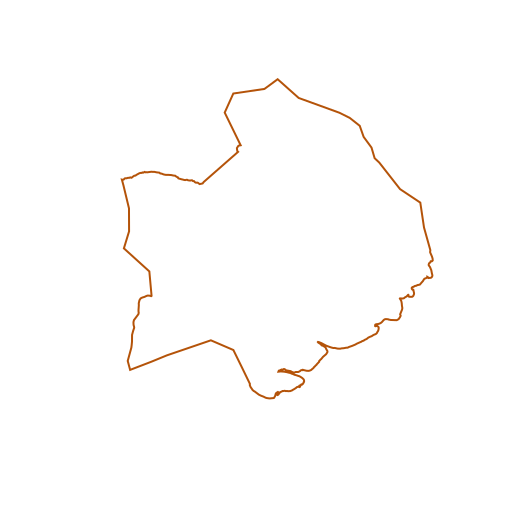 the district of Zavxan, Uvs, Mongolia, rotated 127°
{"feature_id": "93677404B25640564843773", "entity_name": "Zavxan", "entity_type": "district", "adm_level": 2, "iso_a3": "MNG", "parent_name": "Mongolia", "parent_adm1": "Uvs", "projection": "albers", "projection_center": [93.393, 48.88], "detail": "fine", "context": "isolated", "style": "outline", "palette": "amber", "viewbox_px": 512, "rotation_deg": 127, "n_neighbors": 0, "source": "geoboundaries", "source_scale": "gbopen_adm2", "svg_char_len": 6077}
<svg xmlns="http://www.w3.org/2000/svg" viewBox="0 0 512 512"><g transform="rotate(127 256 256)"><path d="M353.7,154.9L352.9,154.7L352.2,154.9L351.3,154.7L350.3,154.8L350.0,154.7L349.0,154.0L347.9,153.6L347.5,153.0L346.4,152.0L346.2,151.6L346.1,151.1L345.1,149.9L344.6,148.9L343.2,147.3L341.4,146.2L340.9,146.1L339.8,145.6L337.5,144.7L336.4,144.5L335.7,144.2L335.3,143.8L335.1,143.6L334.7,143.4L334.6,142.8L334.6,142.5L334.5,142.3L334.3,142.2L333.6,142.3L333.5,142.5L333.4,142.6L333.5,143.3L333.4,143.3L332.8,142.8L332.4,142.8L332.1,142.6L332.0,142.4L331.8,142.4L331.7,142.5L331.2,142.5L330.8,142.1L330.8,141.9L330.7,141.9L330.4,141.8L330.0,141.6L329.5,141.6L329.3,141.7L328.9,141.7L328.7,141.8L328.3,141.8L328.0,142.0L327.7,141.9L327.2,142.1L326.9,142.4L326.6,142.6L326.3,142.9L326.0,143.4L325.8,144.0L325.7,144.9L325.6,145.6L325.7,147.3L325.9,149.0L326.3,149.9L326.9,151.9L327.7,153.8L328.0,155.4L328.4,156.4L328.8,158.3L329.3,159.3L330.3,161.7L331.5,164.0L333.3,166.8L334.9,168.5L334.6,168.6L334.3,168.4L334.0,168.6L333.8,168.7L333.3,168.2L332.4,167.9L332.3,167.6L331.3,167.3L330.9,166.7L330.6,166.2L329.6,165.8L329.3,165.4L329.2,164.9L329.1,164.5L329.2,163.5L329.1,163.0L327.1,159.0L327.1,158.7L327.0,157.7L326.6,156.4L326.4,155.7L325.7,155.0L324.8,154.5L323.5,152.8L323.0,152.3L321.2,151.5L320.8,151.5L320.4,151.4L319.1,150.5L318.8,150.3L318.7,150.1L318.9,149.8L318.4,149.3L317.3,146.7L316.8,145.9L316.1,144.9L315.2,144.1L313.7,143.3L312.4,143.1L311.0,142.7L310.0,142.8L309.1,142.6L308.6,142.5L307.7,142.5L306.6,142.2L306.0,142.3L302.5,141.9L302.0,142.3L299.6,142.1L299.2,141.9L296.2,141.8L292.2,140.9L289.9,141.1L289.5,141.3L289.0,141.7L288.6,142.6L288.2,143.6L287.8,144.4L287.5,144.8L287.3,145.3L287.2,145.9L287.3,147.6L287.4,148.8L287.7,149.2L287.8,149.6L287.5,151.7L287.5,152.3L287.7,154.0L287.6,154.4L287.5,154.8L287.3,154.8L286.9,153.9L286.2,151.3L285.6,147.3L285.3,145.7L284.2,142.1L283.6,140.4L283.0,139.0L282.0,137.7L280.9,135.2L280.1,134.0L279.4,133.0L278.3,132.1L276.8,130.4L275.0,128.8L274.0,127.6L272.7,127.0L269.9,125.1L266.8,123.3L265.5,122.8L263.7,121.8L261.9,120.8L261.3,120.4L259.9,119.9L258.9,119.1L257.7,118.8L255.7,117.7L253.6,117.2L251.5,116.1L250.5,115.4L248.5,114.7L247.2,114.0L246.7,113.6L246.2,113.4L245.6,113.2L244.7,113.1L244.0,113.3L242.4,113.4L241.2,113.8L239.9,114.5L239.3,115.0L239.0,115.5L238.9,116.4L238.9,116.9L239.3,117.6L239.6,118.0L240.0,118.1L240.2,118.3L240.3,118.6L240.2,118.8L239.7,119.1L239.1,119.4L238.7,119.3L237.8,118.6L236.9,117.6L235.7,116.7L234.3,116.0L233.0,115.7L230.4,115.5L229.3,115.2L229.0,115.0L228.3,114.4L227.7,113.5L227.0,112.4L227.0,112.0L226.0,109.9L222.8,105.3L222.4,104.9L220.6,104.1L218.3,104.2L216.7,104.5L215.8,105.8L210.9,107.1L209.5,107.8L207.9,109.5L205.9,111.3L205.0,112.3L204.4,113.1L203.4,115.5L203.2,115.5L201.8,113.4L201.0,112.7L200.6,112.4L199.2,112.1L198.6,111.8L197.8,111.4L196.0,111.2L195.7,111.2L195.4,111.1L195.4,110.8L196.1,110.2L196.4,109.7L196.4,109.3L195.9,108.4L194.9,107.1L194.5,106.7L193.9,106.5L193.1,106.4L191.3,106.9L191.0,107.1L190.7,107.3L190.2,107.8L189.3,108.9L188.4,109.8L188.3,110.3L188.7,110.6L188.7,110.8L188.5,111.7L188.2,112.1L187.6,112.5L186.9,112.4L186.3,112.1L185.8,111.6L184.7,111.3L183.9,110.7L183.4,110.2L182.9,109.9L182.3,109.7L181.8,109.4L181.2,108.7L180.1,107.9L177.9,107.8L175.6,107.6L173.8,107.8L173.0,107.8L172.6,107.7L171.8,107.1L170.9,106.7L170.4,106.3L170.0,106.3L169.5,106.7L169.4,106.2L169.8,105.0L168.3,103.4L167.9,103.1L167.1,102.9L166.1,103.1L165.7,103.2L165.1,103.7L164.0,105.1L161.9,107.4L160.4,109.9L159.9,110.9L159.7,111.8L159.5,112.4L159.0,112.9L157.7,113.4L157.0,113.1L156.3,113.0L155.8,113.0L155.6,113.2L155.1,113.3L154.2,112.3L153.5,112.2L153.2,112.2L152.0,113.2L151.5,113.8L150.5,115.2L148.7,118.4L148.3,119.1L147.8,119.5L147.4,119.7L146.4,120.3L132.1,139.0L114.5,156.9L115.9,181.2L107.2,213.8L106.5,220.1L99.9,229.0L96.1,241.7L89.6,251.5L89.3,264.2L91.4,275.6L104.1,317.0L101.8,345.1L117.5,349.8L139.9,371.9L160.3,367.3L176.8,334.9L178.4,336.3L178.8,336.4L179.8,336.3L181.3,336.2L182.0,335.6L183.5,334.0L183.6,333.0L228.4,342.3L230.2,342.3L232.5,344.3L232.5,346.2L232.5,346.5L232.8,347.2L233.4,347.8L233.7,348.4L233.8,349.3L233.5,350.5L234.1,351.5L234.0,352.5L234.6,353.4L235.2,353.8L235.5,354.2L236.4,355.8L236.5,356.1L236.5,356.6L236.6,356.9L237.1,357.5L237.8,358.0L238.4,358.9L239.2,360.9L239.5,361.5L240.6,364.4L240.7,364.8L240.2,365.7L240.2,365.8L240.4,366.2L240.5,367.2L240.6,367.9L240.5,368.8L241.1,369.8L241.6,370.7L242.3,372.3L244.0,374.9L244.9,376.1L245.4,376.7L246.3,378.5L246.7,379.7L246.9,380.6L247.3,381.5L247.7,382.1L247.6,383.3L249.1,385.9L249.9,387.7L250.9,389.0L251.7,390.3L254.7,393.3L255.0,393.9L255.8,394.8L255.8,395.5L256.1,395.7L256.9,396.0L257.4,396.3L257.5,396.8L258.0,397.0L258.3,397.4L258.6,397.5L259.3,398.4L260.2,399.0L263.1,400.3L264.2,400.6L264.6,400.9L265.0,401.4L265.3,401.6L267.2,402.2L267.8,402.3L268.4,402.5L268.6,402.7L268.8,403.6L269.0,403.8L270.0,404.4L270.5,405.2L271.9,406.2L272.3,406.8L273.0,407.5L273.5,407.6L273.9,407.6L274.6,407.7L275.0,408.0L275.4,408.4L275.7,409.1L279.5,404.2L294.4,386.1L312.7,372.2L329.4,366.1L332.5,331.9L350.6,315.5L351.0,315.4L351.2,315.6L351.5,316.6L352.2,317.9L353.0,318.9L354.3,319.7L355.7,320.4L357.6,321.8L359.0,322.5L359.4,322.6L361.0,322.5L361.6,322.4L364.3,321.2L365.9,319.9L369.9,317.3L371.3,316.2L371.8,315.6L372.6,315.2L372.9,315.0L373.9,314.9L379.9,314.9L380.6,314.9L381.3,314.6L382.5,314.1L383.9,313.0L384.9,312.1L385.6,311.1L386.6,310.1L389.9,309.0L393.6,307.5L399.0,303.5L402.1,301.6L404.2,300.4L417.0,295.3L422.7,288.0L403.5,276.0L389.0,267.4L350.5,241.3L344.7,217.5L353.3,200.5L361.8,183.9L362.8,183.3L363.2,182.7L364.0,181.3L364.5,179.6L365.0,178.4L365.1,177.4L365.2,176.6L365.0,175.7L365.0,170.2L364.5,167.7L364.1,166.4L363.8,165.3L363.4,163.1L363.0,162.0L361.8,159.8L361.1,158.9L358.8,156.4L358.4,156.2L358.2,156.2L357.1,156.4L356.5,156.4L353.9,157.4L353.0,157.3L351.4,156.7L351.4,156.4L351.5,156.2L352.0,155.7L352.5,155.4L353.2,155.5L353.7,156.0L353.9,155.9L354.2,155.5L354.2,155.2L353.7,154.9Z" fill="none" stroke="#b45309" stroke-width="2"/></g></svg>